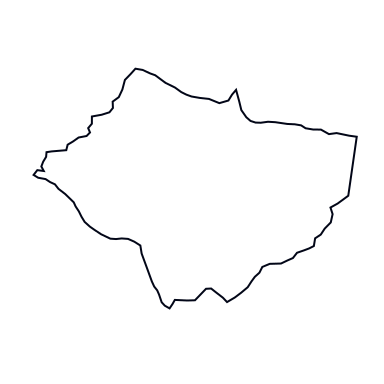 outline of Nossa Senhora das Graças, Paraná, Brazil, rotated 95°
{"feature_id": "56859067B74231100015306", "entity_name": "Nossa Senhora das Graças", "entity_type": "district", "adm_level": 2, "iso_a3": "BRA", "parent_name": "Brazil", "parent_adm1": "Paraná", "projection": "natural_earth1", "projection_center": [-51.797, -22.919], "detail": "fine", "context": "isolated", "style": "outline", "palette": "ink", "viewbox_px": 384, "rotation_deg": 95, "n_neighbors": 0, "source": "geoboundaries", "source_scale": "gbopen_adm2", "svg_char_len": 1562}
<svg xmlns="http://www.w3.org/2000/svg" viewBox="0 0 384 384"><g transform="rotate(95 192 192)"><path d="M182.1,36.0L122.6,32.7L122.2,40.4L120.7,53.1L122.4,60.6L118.6,69.0L119.2,76.8L118.6,84.4L116.1,89.1L115.6,95.5L115.9,103.0L115.2,115.1L115.4,122.4L117.0,129.5L117.3,134.7L116.1,139.9L112.8,144.4L106.1,150.0L97.8,152.8L86.4,157.0L91.5,160.6L97.7,163.7L101.1,172.5L97.8,183.2L97.6,192.4L96.9,200.8L95.5,206.1L93.4,211.4L89.4,218.1L85.6,227.9L78.9,238.8L77.5,244.1L74.7,251.8L74.1,259.1L79.8,263.4L86.2,268.6L96.0,270.3L103.9,273.2L108.9,278.9L115.2,278.1L119.8,281.2L122.9,288.7L125.5,298.3L132.7,297.7L137.4,301.0L141.6,298.8L145.4,301.9L147.6,309.7L152.1,315.0L155.7,320.0L161.3,320.9L163.8,335.4L165.0,340.4L169.7,340.4L174.8,342.9L179.7,344.3L184.0,341.5L183.7,348.0L188.8,351.3L191.2,346.5L191.9,339.0L194.5,334.2L196.3,329.2L200.5,325.3L205.1,318.1L212.6,308.9L216.5,306.7L221.2,303.0L226.3,299.9L231.2,296.3L235.4,290.7L238.3,285.7L242.0,278.9L245.6,269.3L245.5,263.6L244.4,258.0L244.3,251.6L246.5,245.2L249.8,238.8L257.7,236.8L272.6,229.8L284.6,224.2L289.5,221.4L293.0,218.1L297.0,215.9L304.5,212.6L307.6,209.2L309.9,204.2L305.2,201.6L301.0,199.7L300.5,187.3L299.6,179.6L287.2,169.6L286.5,164.5L289.8,159.5L294.6,152.0L298.6,147.5L293.4,140.2L288.1,134.3L282.0,128.2L275.8,124.9L271.0,122.0L266.5,117.8L260.5,115.4L256.8,108.3L255.5,97.1L251.9,91.0L249.0,85.7L243.4,82.1L240.4,75.4L238.0,70.4L235.2,65.9L227.4,65.3L223.2,60.0L216.9,56.6L210.2,51.1L201.8,50.0L195.4,52.7L190.8,45.9L182.1,36.0Z" fill="none" stroke="#020617" stroke-width="2"/></g></svg>